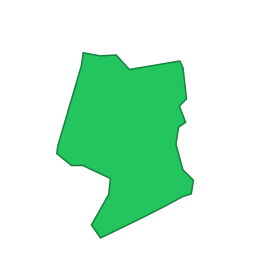 outline of Sinajana, Guam, rotated 243°
{"feature_id": "77769853B28089182733682", "entity_name": "Sinajana", "entity_type": "district", "adm_level": 2, "iso_a3": "GUM", "parent_name": "Guam", "parent_adm1": "", "projection": "natural_earth1", "projection_center": [144.76, 13.46], "detail": "fine", "context": "isolated", "style": "filled", "palette": "green", "viewbox_px": 256, "rotation_deg": 243, "n_neighbors": 0, "source": "geoboundaries", "source_scale": "gbopen_adm2", "svg_char_len": 473}
<svg xmlns="http://www.w3.org/2000/svg" viewBox="0 0 256 256"><g transform="rotate(243 128 128)"><path d="M42.5,53.6L41.6,97.8L41.6,127.2L42.1,144.8L40.6,154.5L51.8,162.6L65.7,157.9L91.9,163.4L105.8,173.5L106.9,181.9L124.2,183.7L127.3,193.3L156.6,204.3L164.2,204.6L179.5,155.8L198.4,150.6L205.0,135.7L215.4,122.3L204.6,114.7L144.1,57.5L137.5,52.9L120.2,60.6L115.2,70.6L91.0,89.4L77.5,80.6L58.2,51.4L42.5,53.6Z" fill="#22c55e" stroke="#15803d" stroke-width="1.5"/></g></svg>